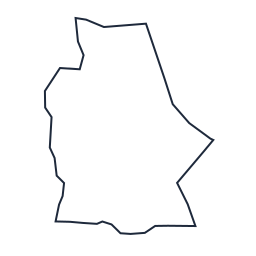 Illéla, Tahoua, Niger (Natural Earth projection), rotated 275°
{"feature_id": "23599985B93785804329420", "entity_name": "Illéla", "entity_type": "district", "adm_level": 2, "iso_a3": "NER", "parent_name": "Niger", "parent_adm1": "Tahoua", "projection": "natural_earth1", "projection_center": [5.19, 14.297], "detail": "fine", "context": "isolated", "style": "outline", "palette": "slate", "viewbox_px": 256, "rotation_deg": 275, "n_neighbors": 0, "source": "geoboundaries", "source_scale": "gbopen_adm2", "svg_char_len": 583}
<svg xmlns="http://www.w3.org/2000/svg" viewBox="0 0 256 256"><g transform="rotate(275 128 128)"><path d="M36.2,203.7L57.3,194.1L77.6,181.7L109.7,204.4L123.5,214.0L124.6,211.0L138.2,188.6L155.6,170.5L180.8,159.9L233.5,136.8L226.5,95.2L232.3,76.8L233.0,66.2L209.8,70.6L196.7,77.4L182.3,74.8L181.8,55.0L157.6,42.0L141.1,43.7L132.2,50.9L101.7,51.8L91.7,57.5L74.3,61.1L67.6,69.1L54.5,68.8L45.7,66.0L28.6,64.0L29.5,78.4L29.5,91.5L29.8,105.4L32.6,110.6L30.5,120.0L22.5,129.7L22.7,139.8L25.0,153.9L32.8,163.6L34.1,176.3L36.2,203.7Z" fill="none" stroke="#1e293b" stroke-width="2"/></g></svg>